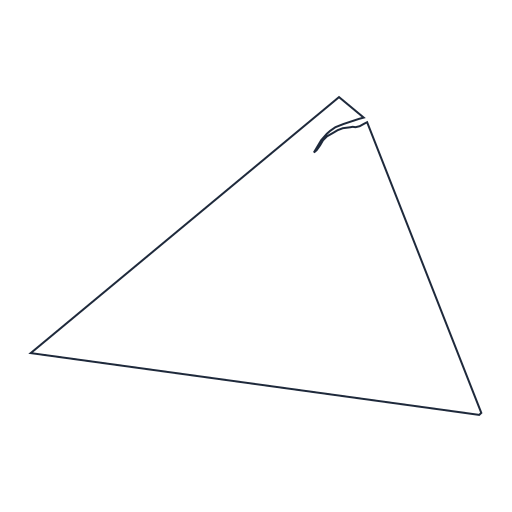 outline of Ngesias, Peleliu, Palau
{"feature_id": "81905179B61182383580434", "entity_name": "Ngesias", "entity_type": "district", "adm_level": 2, "iso_a3": "PLW", "parent_name": "Palau", "parent_adm1": "Peleliu", "projection": "mercator", "projection_center": [134.244, 7.006], "detail": "fine", "context": "isolated", "style": "outline", "palette": "slate", "viewbox_px": 512, "rotation_deg": 0, "n_neighbors": 0, "source": "geoboundaries", "source_scale": "gbopen_adm2", "svg_char_len": 437}
<svg xmlns="http://www.w3.org/2000/svg" viewBox="0 0 512 512"><path d="M367.1,122.2L364.2,123.7L359.7,126.2L355.5,127.2L352.7,126.8L350.0,127.3L342.8,128.2L337.6,130.2L333.4,132.7L326.9,136.4L323.0,140.3L320.1,145.3L316.6,150.2L313.9,152.5L321.2,140.2L326.8,133.8L330.1,130.9L335.4,127.2L343.5,124.0L358.9,118.9L363.7,117.6L339.0,97.1L30.7,353.1L479.2,414.9L481.3,412.9L367.1,122.2Z" fill="none" stroke="#1e293b" stroke-width="2"/></svg>